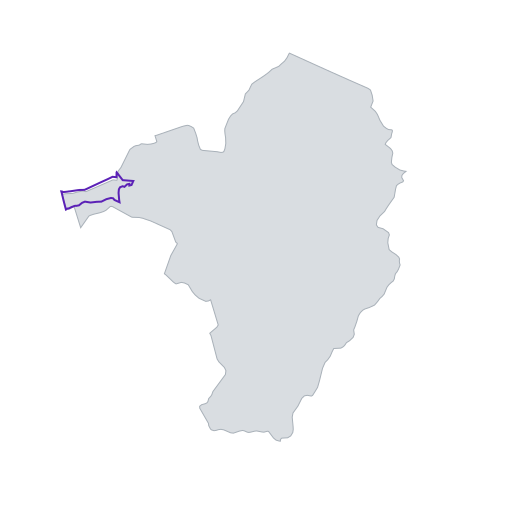 location of Renk, Upper Nile, South Sudan, rotated 253°
{"feature_id": "79223893B54015778886033", "entity_name": "Renk", "entity_type": "district", "adm_level": 2, "iso_a3": "SSD", "parent_name": "South Sudan", "parent_adm1": "Upper Nile", "projection": "natural_earth1", "projection_center": [32.947, 11.291], "detail": "fine", "context": "in_parent", "style": "outline", "palette": "violet", "viewbox_px": 512, "rotation_deg": 253, "n_neighbors": 0, "source": "geoboundaries", "source_scale": "gbopen_adm2", "svg_char_len": 4717}
<svg xmlns="http://www.w3.org/2000/svg" viewBox="0 0 512 512"><g transform="rotate(253 256 256)"><path d="M397.3,396.2L383.8,411.9L382.8,412.8L381.2,414.0L375.7,414.1L370.0,413.3L364.8,409.2L359.5,412.4L356.2,413.4L354.2,413.7L349.5,414.2L342.9,415.9L339.9,418.0L338.2,419.7L336.9,422.8L336.2,423.1L335.0,422.7L333.3,421.5L329.8,419.7L328.0,415.8L326.4,413.4L325.0,412.2L319.4,416.1L316.7,417.0L314.4,416.9L310.4,414.7L305.9,412.8L303.6,412.9L300.1,415.2L296.2,418.7L294.1,422.1L293.1,424.2L291.8,421.0L290.4,419.1L288.5,418.3L284.8,419.1L283.9,418.0L283.7,415.3L283.1,412.8L282.2,410.9L279.3,409.1L271.8,405.3L266.0,397.8L263.1,394.3L261.0,392.0L258.0,386.1L254.6,382.1L250.5,380.2L247.7,381.1L244.9,385.5L239.6,389.6L237.2,389.7L234.1,387.5L230.1,385.9L223.1,385.2L220.2,387.1L216.4,390.3L213.1,392.2L211.1,392.4L209.3,391.6L207.2,391.2L205.3,391.2L201.6,388.3L199.6,386.2L198.3,384.2L196.2,382.8L193.7,381.6L191.9,379.8L191.1,377.6L189.7,374.7L187.8,372.1L182.1,367.4L180.4,364.7L179.2,362.0L176.9,359.0L174.4,355.0L173.6,349.2L173.5,344.6L173.0,342.4L171.9,340.2L170.7,338.4L168.7,336.3L164.0,333.3L159.2,329.8L156.8,327.8L152.4,327.1L149.8,325.1L147.6,320.7L146.7,317.2L144.5,314.5L143.6,312.5L143.1,310.2L144.8,303.3L142.3,300.9L138.5,297.7L135.8,294.2L134.1,291.0L129.2,286.8L118.6,280.5L112.4,276.5L109.1,272.8L106.1,269.3L105.9,267.9L107.8,264.3L108.1,261.4L106.5,258.2L100.2,252.2L95.1,245.5L91.3,243.5L82.0,241.6L79.3,240.9L76.5,239.6L73.8,236.6L72.9,233.1L74.3,227.4L73.4,225.7L71.8,225.2L72.3,224.0L74.1,221.3L76.9,219.5L84.6,216.7L85.1,215.6L85.2,212.1L85.9,210.4L88.5,205.5L88.9,203.5L89.1,199.4L89.4,197.4L90.2,196.0L92.3,193.6L93.1,192.1L93.4,188.9L93.2,182.6L94.3,180.1L99.2,174.3L100.5,171.8L100.9,169.5L100.9,167.1L101.2,164.8L102.7,162.6L103.9,161.9L107.5,161.2L109.9,161.6L126.9,157.7L128.8,158.2L129.7,160.6L129.6,164.3L129.9,166.1L130.8,167.4L133.5,169.1L135.3,172.1L136.3,173.2L139.0,175.2L151.6,192.1L155.1,193.7L158.6,193.2L165.5,189.6L168.9,188.7L192.9,189.7L195.6,189.2L195.7,189.3L199.4,197.8L201.1,199.7L227.4,199.8L226.9,197.4L227.3,194.7L231.9,189.5L232.6,188.9L236.6,186.4L240.6,184.7L248.3,182.8L251.1,179.7L252.6,176.9L252.7,171.4L253.7,170.5L255.5,169.2L264.3,164.3L265.8,163.2L281.4,174.7L290.1,183.8L290.7,184.2L291.1,184.4L291.6,184.1L292.0,183.7L293.0,183.3L296.8,183.1L303.9,182.7L306.2,181.6L320.4,165.4L324.1,160.2L325.0,159.1L327.0,155.5L329.2,149.1L329.6,148.4L345.2,133.2L345.8,132.0L345.9,131.0L343.6,125.9L343.1,123.3L343.0,119.3L343.4,113.1L343.3,109.1L343.1,108.1L343.0,107.8L334.3,96.6L356.2,96.5L356.2,95.1L356.2,94.7L355.8,93.3L355.5,91.5L355.5,90.6L355.7,89.6L355.7,89.1L355.6,88.7L355.7,88.3L371.5,88.5L371.3,91.7L369.4,99.2L369.4,103.6L368.9,108.7L368.4,110.2L367.6,111.5L367.3,112.1L367.3,112.6L370.6,141.2L370.3,142.4L369.5,144.1L369.2,144.7L369.2,145.2L369.6,145.5L376.8,148.6L377.2,148.8L377.5,149.0L380.1,152.7L394.4,166.2L394.9,166.9L396.4,171.2L396.5,171.8L396.6,172.8L396.6,173.6L396.2,176.2L396.3,177.3L396.6,178.1L396.8,178.9L396.8,179.2L396.6,179.8L394.5,184.8L393.8,188.3L393.6,191.2L393.7,192.9L394.0,194.0L394.2,194.4L394.4,194.6L400.6,194.6L400.5,196.2L401.4,221.9L401.4,224.8L401.1,228.4L400.4,229.9L398.7,231.9L396.5,233.8L390.9,234.2L386.3,234.2L383.0,233.8L378.5,233.6L374.2,234.0L372.7,235.6L367.1,249.3L365.3,252.7L364.9,254.7L365.4,255.9L367.6,257.6L372.4,260.0L377.9,261.5L382.0,262.1L384.8,262.7L387.0,263.5L394.8,269.7L397.3,272.6L398.7,275.1L399.0,277.9L400.2,280.6L407.3,289.2L414.1,293.2L416.7,297.8L419.2,300.0L421.6,302.3L422.9,305.9L425.9,316.2L427.8,321.6L429.9,326.0L430.7,333.2L432.3,336.4L434.0,340.3L436.7,343.8L439.6,346.5L440.2,347.3L410.7,380.8L397.3,396.2Z" fill="#d9dde1" stroke="#a8b0b8" stroke-width="1"/><path d="M363.6,160.6L367.5,150.7L376.8,147.2L376.7,147.1L372.1,145.6L372.9,143.8L373.7,142.0L373.0,137.6L372.7,135.5L371.6,127.1L371.4,125.8L370.1,116.6L369.8,114.6L369.6,113.1L369.4,111.3L370.6,107.0L370.7,106.8L370.8,106.1L371.0,105.3L372.2,97.2L372.5,95.8L372.5,95.7L372.7,94.4L373.1,92.2L373.4,90.9L373.4,90.5L373.6,90.2L373.9,89.8L374.2,89.6L374.4,89.4L374.5,89.2L374.7,88.7L373.3,88.7L365.7,88.2L361.5,88.0L356.0,87.8L356.1,88.2L356.4,88.6L356.4,89.0L356.5,89.5L356.4,90.2L356.3,90.5L356.3,90.9L356.3,91.2L356.3,91.6L356.5,92.4L356.6,93.0L356.7,93.6L356.8,94.3L356.7,94.7L356.7,95.0L356.8,95.4L356.9,95.7L356.9,96.4L356.9,97.0L356.9,97.6L356.8,97.9L356.7,98.3L356.5,98.7L356.5,98.9L356.2,101.5L357.7,105.2L358.0,108.3L355.5,113.4L354.4,119.5L353.2,124.0L354.1,129.6L353.9,134.3L352.9,136.3L351.0,137.0L347.3,141.2L349.5,141.5L356.5,143.0L359.9,144.4L361.5,146.1L361.7,148.9L360.6,150.4L362.2,153.7L362.0,156.0L360.4,155.5L360.3,157.7L363.6,160.6Z" fill="none" stroke="#5b21b6" stroke-width="2"/></g></svg>